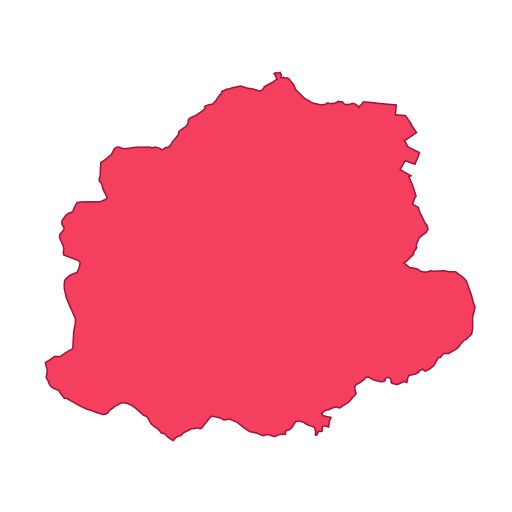 Soimi, Bihor, Romania, rotated 87°
{"feature_id": "2599482B68730254025717", "entity_name": "Soimi", "entity_type": "district", "adm_level": 2, "iso_a3": "ROU", "parent_name": "Romania", "parent_adm1": "Bihor", "projection": "albers", "projection_center": [22.142, 46.656], "detail": "fine", "context": "isolated", "style": "filled", "palette": "rose", "viewbox_px": 512, "rotation_deg": 87, "n_neighbors": 0, "source": "geoboundaries", "source_scale": "gbopen_adm2", "svg_char_len": 6007}
<svg xmlns="http://www.w3.org/2000/svg" viewBox="0 0 512 512"><g transform="rotate(87 256 256)"><path d="M203.9,441.8L205.7,444.1L210.6,447.9L212.8,448.1L214.2,448.1L218.2,446.1L220.5,447.1L222.5,449.3L224.4,450.9L227.1,451.2L231.6,449.7L235.0,448.2L238.7,447.5L242.5,448.3L245.0,447.9L251.1,433.8L253.4,431.9L258.3,433.2L263.0,435.5L264.2,439.3L265.2,442.0L266.7,444.4L269.4,447.7L270.8,448.3L273.8,449.0L278.8,449.1L287.6,447.6L297.0,444.3L309.0,439.6L314.2,440.0L322.0,442.0L331.8,443.1L338.9,443.7L343.0,451.8L346.2,456.8L345.7,462.3L349.0,467.4L351.4,472.0L356.0,471.1L358.0,470.4L360.7,470.7L364.1,471.3L365.9,471.9L367.2,471.7L369.7,470.1L372.8,469.3L375.4,467.8L376.5,466.6L377.6,465.0L379.2,461.4L380.1,459.9L383.0,458.4L387.7,455.1L388.2,454.3L388.1,452.9L396.3,440.0L399.8,433.6L402.1,427.5L404.3,422.9L404.9,420.3L406.3,417.5L406.1,415.0L405.8,413.8L405.3,412.8L404.6,411.9L402.7,410.6L402.2,410.0L400.5,407.0L398.4,404.3L395.7,398.1L395.6,396.7L396.0,393.8L398.2,388.5L399.4,387.2L400.7,385.3L402.3,383.5L408.9,376.9L409.5,376.0L410.3,374.0L410.9,373.3L411.9,372.6L418.2,369.5L421.4,365.9L424.1,362.5L427.8,359.8L428.5,357.2L429.0,356.4L432.3,353.3L436.0,348.6L435.0,347.2L434.4,346.7L434.0,346.6L433.2,345.7L432.7,344.3L431.7,342.5L431.4,340.3L429.4,338.5L428.5,337.0L426.5,332.3L425.2,329.9L425.1,326.3L424.5,323.9L424.9,322.1L425.6,320.9L425.0,319.1L421.4,316.2L414.4,309.9L413.7,307.5L416.1,299.6L418.1,296.6L417.5,290.9L421.0,283.6L426.5,277.5L431.1,271.4L433.1,263.9L435.8,258.7L435.0,254.3L435.1,252.5L436.4,249.6L437.3,246.7L435.5,242.1L435.4,235.8L432.4,235.8L431.6,232.9L430.8,231.0L428.8,228.8L426.2,227.2L423.5,224.9L422.9,222.2L424.5,217.1L425.5,216.2L427.4,213.2L430.0,206.6L434.5,205.7L436.5,205.6L437.1,206.2L437.8,206.2L438.1,205.4L438.0,204.8L437.3,204.3L434.4,202.5L434.7,199.8L433.9,198.8L433.5,198.8L432.3,199.2L429.7,198.5L429.1,196.4L430.0,194.2L430.6,192.4L424.7,191.4L422.8,190.3L421.1,189.5L419.6,195.4L418.9,197.5L418.6,197.9L417.9,198.0L417.1,198.7L416.6,198.8L416.4,198.6L414.8,196.5L413.5,193.8L413.3,191.1L412.7,190.0L411.5,186.8L411.2,185.8L411.0,184.0L411.2,182.5L412.0,181.1L412.1,180.6L411.8,179.5L410.7,178.1L407.0,171.4L405.6,169.9L402.4,167.0L399.8,164.0L398.6,163.3L397.9,163.3L394.8,164.2L392.6,164.3L391.6,164.0L390.3,163.3L389.4,162.2L388.7,160.5L387.5,158.2L384.7,154.2L382.6,151.9L382.9,150.8L382.9,149.7L384.8,147.0L386.3,144.2L388.2,137.4L387.9,135.0L387.4,133.7L386.4,133.6L385.2,133.0L384.4,132.0L384.2,131.2L384.4,129.5L385.2,128.5L385.7,128.1L387.7,127.4L388.6,127.5L388.8,127.9L389.7,127.4L390.2,126.9L390.6,126.0L390.9,124.4L391.4,123.7L391.5,123.0L391.6,121.9L391.4,120.4L390.6,118.7L389.6,115.7L388.9,114.6L390.3,112.0L389.0,111.6L385.3,110.7L384.4,110.2L383.6,109.5L383.2,108.7L382.1,102.7L380.8,99.7L379.8,100.1L377.7,95.3L379.3,94.1L379.9,92.9L378.1,88.7L375.4,84.9L374.7,84.2L373.9,83.5L372.4,82.8L367.0,79.1L367.0,77.1L364.8,75.4L364.2,74.8L363.5,73.8L363.1,72.6L363.4,71.1L363.5,70.0L363.5,69.4L363.1,68.1L358.8,60.0L357.7,58.6L354.6,56.2L351.3,52.9L350.8,52.1L350.6,50.9L345.3,44.8L339.7,43.4L328.1,42.9L321.7,40.7L318.1,40.0L314.0,41.4L306.7,42.8L291.8,47.3L289.7,49.1L288.5,50.1L286.2,52.7L285.7,53.6L284.9,54.6L282.6,56.9L282.0,58.7L282.1,60.8L282.0,61.6L281.8,64.5L280.6,68.4L280.5,79.2L280.3,81.0L279.8,82.4L280.9,85.9L280.9,87.7L280.5,90.5L279.7,92.5L277.6,95.4L277.0,96.6L276.7,97.6L276.1,100.4L275.6,103.2L274.9,103.8L270.8,108.6L270.2,108.0L269.7,106.9L268.3,105.0L264.3,100.6L262.6,98.4L261.7,99.0L261.1,98.4L260.3,98.0L259.6,98.0L259.1,97.2L258.9,97.0L257.9,96.8L257.5,96.3L257.2,95.6L256.9,95.5L256.5,95.8L255.9,95.1L255.5,95.5L255.2,95.5L252.2,95.0L250.3,94.1L248.8,93.1L246.7,92.3L246.1,91.6L244.6,89.5L243.6,88.7L243.6,88.0L243.1,87.7L242.9,87.4L242.8,86.5L241.7,85.9L241.5,84.9L241.2,84.5L240.2,84.3L239.5,83.5L238.5,82.9L236.9,83.0L235.7,83.6L234.6,83.6L233.7,83.8L233.1,84.3L232.2,85.4L231.5,85.7L224.3,88.6L221.6,90.0L216.0,91.4L212.5,96.9L206.4,94.5L204.5,93.0L192.9,96.2L184.9,99.2L184.0,97.1L177.3,107.6L173.0,104.8L168.6,102.2L172.7,92.5L165.3,88.9L161.3,87.3L156.5,95.9L154.7,98.7L152.5,99.7L149.7,101.1L148.8,101.8L141.1,89.2L132.3,94.6L132.0,94.2L124.0,99.2L123.5,99.7L122.3,109.5L112.5,108.0L110.2,124.5L108.6,133.5L108.2,137.4L107.7,140.5L108.3,141.2L110.3,142.8L111.9,144.9L113.1,145.4L110.8,147.2L109.6,148.9L108.8,150.4L108.7,151.4L108.8,152.4L109.5,154.7L109.4,158.8L109.1,159.9L106.7,161.5L106.3,163.4L106.2,165.0L105.7,165.6L105.8,166.0L106.8,166.7L106.8,167.8L107.3,168.3L107.5,168.7L107.4,169.6L107.7,170.2L107.5,171.7L107.7,172.0L107.9,173.4L107.0,176.0L107.0,177.4L108.0,177.9L108.6,182.8L106.1,191.7L105.2,193.2L104.1,194.5L101.5,198.9L92.3,207.4L86.7,209.6L81.1,213.7L79.8,215.3L79.9,217.5L79.0,219.5L79.6,220.5L79.0,222.0L78.3,222.1L77.0,221.1L73.9,222.3L74.5,224.4L74.0,226.6L74.8,228.4L77.5,226.7L78.6,226.7L80.6,225.8L82.7,229.6L83.4,229.8L84.1,231.7L83.9,232.0L84.1,232.5L84.9,232.6L85.1,233.0L84.9,233.9L87.4,239.0L88.5,239.3L89.1,239.8L91.2,242.2L91.5,242.9L91.2,244.4L90.9,245.3L90.3,247.1L89.1,250.0L88.1,255.3L87.6,256.9L86.4,259.7L86.1,260.9L85.5,262.0L85.4,262.8L86.0,265.5L86.7,270.6L87.7,274.1L87.8,275.8L88.1,277.3L89.0,278.9L89.5,281.2L92.9,282.7L93.0,283.5L98.9,288.1L100.0,289.4L102.0,291.2L102.4,294.7L102.6,295.7L103.4,298.2L104.1,299.4L105.6,298.7L108.7,302.5L112.3,308.5L114.0,312.9L114.9,314.8L115.7,315.8L116.9,316.6L119.7,316.8L122.7,318.8L126.8,325.4L127.6,326.4L129.1,326.9L130.4,326.9L131.0,327.3L133.0,329.2L135.7,331.5L137.4,333.3L140.3,335.2L141.9,336.7L142.9,338.3L142.8,339.6L143.4,341.3L145.0,343.8L144.7,345.1L143.7,346.2L142.3,349.6L141.9,351.1L142.4,353.0L142.4,354.6L141.7,356.7L141.1,369.9L141.5,374.4L142.0,381.5L141.1,385.3L140.2,386.7L140.0,389.2L141.2,391.6L147.1,395.2L151.8,401.5L154.7,406.1L160.4,406.8L164.4,407.1L168.7,407.7L170.5,408.5L172.9,408.6L175.0,406.8L177.5,405.8L180.0,405.8L190.0,401.5L191.5,403.0L193.7,408.9L192.8,427.5L193.2,431.8L197.5,434.6L202.2,436.8L203.9,441.8Z" fill="#f43f5e" stroke="#9f1239" stroke-width="1.5"/></g></svg>